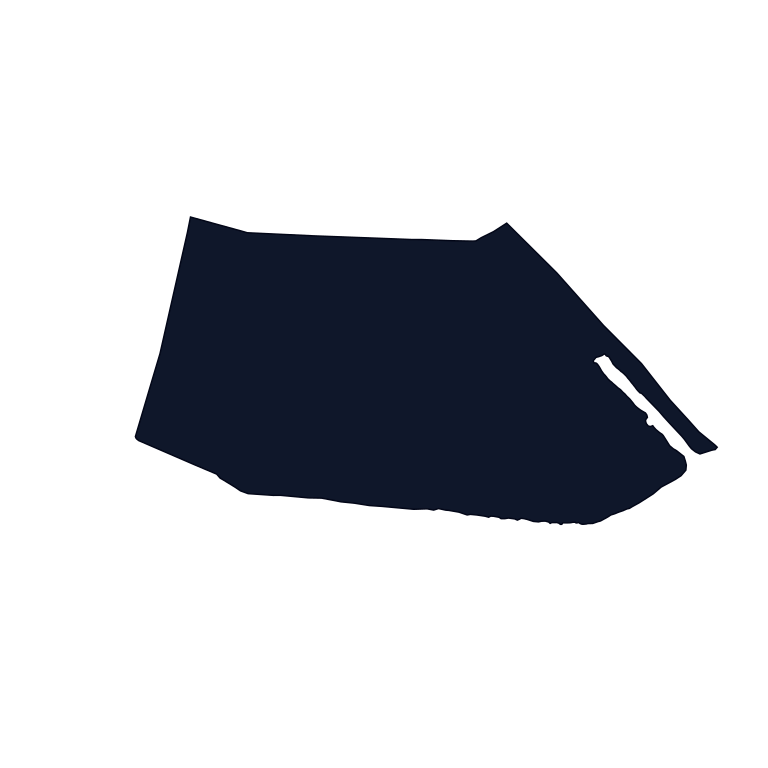 the district of Al-Dawahy, Bur Sa`id, Egypt, rotated 324°
{"feature_id": "37247803B10876030245945", "entity_name": "Al-Dawahy", "entity_type": "district", "adm_level": 2, "iso_a3": "EGY", "parent_name": "Egypt", "parent_adm1": "Bur Sa`id", "projection": "equal_earth", "projection_center": [32.286, 31.246], "detail": "fine", "context": "isolated", "style": "filled", "palette": "ink", "viewbox_px": 768, "rotation_deg": 324, "n_neighbors": 0, "source": "geoboundaries", "source_scale": "gbopen_adm2", "svg_char_len": 3663}
<svg xmlns="http://www.w3.org/2000/svg" viewBox="0 0 768 768"><g transform="rotate(324 384 384)"><path d="M462.7,260.9L413.9,222.6L362.3,181.3L361.3,180.0L360.3,178.7L325.6,135.2L314.0,145.9L220.6,227.8L197.6,245.4L152.0,280.4L151.6,281.8L151.6,283.0L152.3,285.6L183.7,338.7L195.7,358.6L196.1,363.7L196.6,364.9L197.2,366.2L202.8,379.7L205.1,386.1L209.6,392.8L229.1,409.1L234.7,413.1L255.8,431.6L266.4,439.6L276.4,450.2L279.8,453.9L290.0,463.0L300.7,473.7L310.3,481.7L334.4,502.8L345.5,510.3L350.1,515.2L354.9,516.8L359.5,522.0L360.8,523.2L362.1,524.3L369.3,531.7L374.3,538.8L375.7,539.5L377.2,540.2L382.2,544.6L388.1,550.4L390.4,553.3L392.0,553.5L392.7,553.6L395.0,555.5L398.8,559.5L399.2,560.7L399.6,561.8L402.7,564.0L404.3,564.8L405.9,565.6L410.5,570.0L411.2,571.3L411.9,572.5L414.1,573.0L415.1,573.1L416.1,573.3L418.3,575.4L419.2,576.5L420.1,577.5L424.1,583.0L428.0,586.4L429.4,587.0L430.8,587.6L433.9,589.7L436.2,592.6L436.2,592.9L436.5,594.4L438.1,594.7L438.4,594.8L440.1,596.1L440.4,596.3L441.2,596.9L442.1,597.4L443.1,598.6L443.6,599.2L444.2,601.2L445.3,602.0L446.4,601.7L446.8,601.5L447.8,601.9L448.9,602.8L450.7,604.1L451.6,604.7L452.7,605.5L453.9,606.1L454.2,606.3L455.4,606.8L457.4,608.2L457.6,608.8L457.7,609.3L458.9,610.0L459.1,610.1L460.1,610.5L460.7,612.3L461.6,613.6L462.5,614.4L465.3,616.1L466.0,616.4L466.7,616.6L470.9,619.5L476.5,621.2L477.6,621.7L478.8,622.1L482.9,622.6L483.5,622.7L484.1,622.8L488.0,623.2L489.3,623.2L490.6,623.3L494.1,624.5L494.8,624.7L496.1,625.0L497.4,625.3L499.5,625.9L503.0,627.0L504.6,627.3L505.4,627.5L507.0,627.8L509.5,628.9L512.6,629.1L520.6,630.1L537.2,631.1L547.7,630.3L564.0,632.5L564.4,632.5L564.9,632.5L570.4,632.8L577.6,631.1L580.9,627.3L581.7,625.4L582.5,623.4L584.0,618.9L581.5,610.0L580.8,608.3L580.0,606.7L578.8,601.8L579.3,594.6L579.6,589.8L579.4,588.0L578.7,586.2L578.3,585.0L577.2,580.7L577.0,578.6L576.9,577.8L576.9,575.7L574.7,575.1L573.9,574.3L573.1,573.4L572.9,570.5L573.4,568.6L574.5,566.8L575.0,566.6L577.5,565.8L578.4,563.6L578.5,561.1L577.4,558.7L576.2,555.9L575.0,552.0L574.6,550.2L574.3,548.3L574.3,545.4L574.2,544.0L574.0,540.6L573.5,537.8L573.4,537.5L573.3,537.0L573.0,533.5L572.8,532.7L572.6,531.9L572.4,530.9L572.0,527.6L571.5,526.1L571.0,524.6L570.3,521.2L569.6,518.4L569.5,518.0L569.4,517.2L569.1,515.8L568.7,514.6L568.1,511.3L568.1,509.4L568.1,509.1L568.0,507.4L568.0,507.1L567.7,505.2L567.7,503.2L567.7,501.4L567.9,499.8L568.1,498.1L568.2,497.1L568.3,495.8L568.3,493.4L568.0,492.0L567.8,491.7L567.1,490.9L566.3,490.5L566.6,488.8L567.7,487.8L568.8,487.7L570.8,487.1L572.2,487.4L572.7,487.7L573.0,487.8L574.1,488.2L575.2,488.5L576.2,488.8L576.7,489.0L577.8,489.1L580.1,489.2L580.4,490.2L580.4,491.3L580.4,491.8L581.0,492.8L581.8,493.6L581.9,495.4L581.8,496.4L581.7,497.2L581.7,497.9L581.6,499.3L581.3,501.2L581.1,502.3L581.3,504.2L581.5,505.6L581.7,507.4L582.4,509.6L582.7,510.8L582.8,511.0L583.1,513.0L583.2,513.4L583.6,514.4L584.1,516.6L584.7,520.3L584.7,522.4L584.9,524.4L585.0,526.2L585.0,526.5L585.0,528.1L585.1,529.5L585.2,530.5L585.2,531.5L585.2,532.2L585.3,533.5L585.3,536.9L585.5,539.1L585.9,541.7L586.4,542.3L586.9,542.9L587.3,545.2L587.7,547.3L587.8,548.7L587.9,549.8L588.1,551.2L590.5,567.9L591.0,574.6L592.1,584.3L593.3,594.0L594.2,601.0L594.5,605.3L594.5,607.2L594.5,609.1L594.5,613.6L594.7,616.9L594.9,617.8L596.1,622.0L598.5,626.3L604.2,628.2L610.2,630.2L611.8,630.9L613.4,631.7L616.4,631.0L616.2,629.7L615.8,627.6L610.6,607.8L609.1,592.8L606.0,565.4L604.3,518.8L596.0,465.6L589.1,395.8L577.8,326.0L562.0,325.1L548.7,322.8L542.5,322.3L540.9,321.3L539.4,320.3L523.3,308.1L499.4,289.3L491.3,283.4L462.7,260.9Z" fill="#0f172a" stroke="#020617" stroke-width="1.5"/></g></svg>